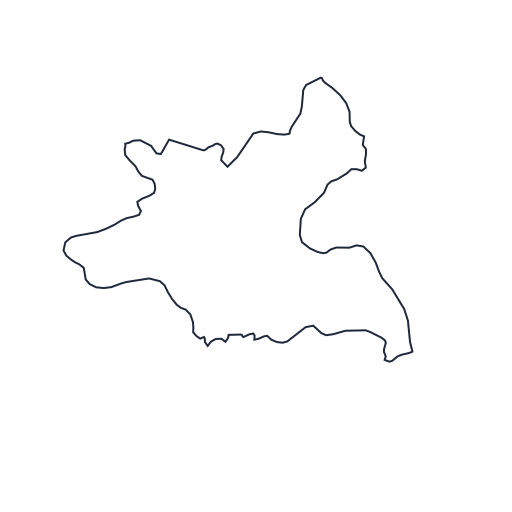 an SVG outline of Banwa, rotated 57°
{"feature_id": "BFA-2801", "entity_name": "Banwa", "entity_type": "Province", "adm_level": 1, "iso_a3": "BFA", "parent_name": "Burkina Faso", "parent_adm1": "", "projection": "orthographic", "projection_center": [-4.172, 12.228], "detail": "fine", "context": "isolated", "style": "outline", "palette": "slate", "viewbox_px": 512, "rotation_deg": 57, "n_neighbors": 0, "source": "natural_earth", "source_scale": "10m", "svg_char_len": 2400}
<svg xmlns="http://www.w3.org/2000/svg" viewBox="0 0 512 512"><g transform="rotate(57 256 256)"><path d="M198.8,105.5L205.1,104.7L210.8,102.7L214.5,100.2L221.1,106.0L226.1,105.5L230.5,108.3L235.6,113.0L241.7,115.8L242.1,120.9L238.1,124.2L235.1,128.8L236.2,134.6L235.9,146.2L234.4,152.2L235.1,157.1L240.0,164.5L242.9,177.6L243.6,189.4L249.2,198.1L262.2,207.8L269.4,209.9L279.1,206.6L286.3,202.0L290.2,198.2L291.6,194.9L291.3,192.4L291.2,189.9L292.6,184.1L299.9,173.1L301.9,165.8L306.5,160.8L315.8,158.5L326.8,159.2L336.1,161.3L343.4,162.2L358.2,159.9L381.2,160.6L393.0,163.8L411.9,173.6L421.4,176.9L420.8,180.3L418.1,187.7L417.3,191.9L418.1,199.0L417.2,201.8L413.2,204.7L410.9,201.9L408.5,201.3L406.2,201.0L403.8,199.3L399.7,194.6L398.4,194.0L396.6,193.9L392.9,195.2L381.3,202.0L377.9,204.7L367.4,221.7L363.6,234.0L360.6,240.4L356.2,243.2L345.7,245.9L342.7,253.1L344.7,276.2L343.3,280.8L339.6,285.3L334.6,288.7L329.0,290.1L327.7,293.1L326.8,298.9L325.3,302.9L321.9,300.5L319.6,300.5L318.1,304.1L317.1,310.8L316.1,311.1L314.8,310.8L313.6,311.5L307.2,322.0L308.8,323.2L309.7,324.5L311.3,328.3L306.5,330.2L303.7,334.8L303.3,340.5L305.1,345.5L300.3,345.7L297.6,344.0L295.6,343.7L294.9,347.8L290.4,349.6L285.7,350.2L281.9,347.5L276.9,344.8L269.2,342.9L262.6,344.2L258.6,347.2L253.8,349.0L246.3,349.8L238.3,349.6L230.8,348.7L224.8,350.3L216.6,357.9L207.3,378.7L205.7,383.6L203.3,394.3L200.0,401.1L195.2,407.1L189.0,410.8L182.9,411.6L172.1,406.9L166.6,408.8L162.7,411.2L157.7,413.3L152.3,414.9L146.5,414.4L140.7,408.5L139.7,401.0L141.2,395.8L149.5,376.0L151.5,366.9L152.7,357.2L152.8,350.1L153.8,343.8L156.2,337.6L157.8,331.7L155.6,328.0L149.8,327.6L145.9,326.0L145.9,320.1L147.4,312.7L147.5,307.0L144.7,303.9L140.3,301.7L135.7,301.2L126.8,308.0L121.2,308.7L114.9,308.2L107.6,309.8L100.2,310.7L94.8,307.9L92.9,305.8L90.6,304.5L91.8,301.3L92.4,296.3L95.7,290.2L106.5,284.0L115.7,283.6L118.7,280.3L111.1,265.5L137.9,243.3L139.1,242.0L139.4,240.1L138.9,236.6L140.0,231.8L139.9,229.3L140.7,227.1L144.0,225.1L148.5,224.8L151.5,227.3L153.9,230.6L156.6,233.0L165.6,231.3L162.8,217.9L151.8,191.5L154.3,184.0L159.4,177.7L165.2,172.0L169.5,166.3L171.5,162.0L171.4,160.8L169.8,159.8L167.1,155.7L160.7,141.2L155.7,136.2L142.5,125.9L139.9,120.8L141.7,104.6L142.8,103.8L144.9,104.3L148.1,103.8L156.9,100.4L167.0,97.8L177.0,97.1L186.0,99.0L194.6,104.3L198.8,105.5Z" fill="none" stroke="#1e293b" stroke-width="2"/></g></svg>